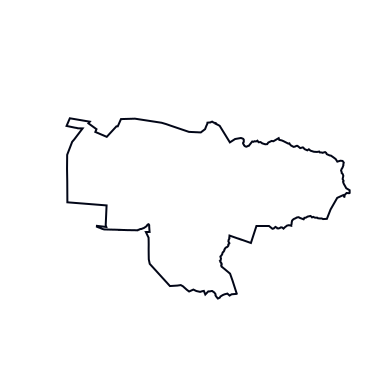 Villaldama, Nuevo León, Mexico, rotated 296°
{"feature_id": "50627088B63922247713166", "entity_name": "Villaldama", "entity_type": "district", "adm_level": 2, "iso_a3": "MEX", "parent_name": "Mexico", "parent_adm1": "Nuevo León", "projection": "robinson", "projection_center": [-100.368, 26.476], "detail": "fine", "context": "isolated", "style": "outline", "palette": "ink", "viewbox_px": 384, "rotation_deg": 296, "n_neighbors": 0, "source": "geoboundaries", "source_scale": "gbopen_adm2", "svg_char_len": 5293}
<svg xmlns="http://www.w3.org/2000/svg" viewBox="0 0 384 384"><g transform="rotate(296 192 192)"><path d="M128.1,84.5L142.5,121.1L124.3,129.0L123.0,130.3L119.9,121.4L119.1,121.7L119.2,123.6L119.3,123.7L119.4,125.0L119.5,127.4L119.6,128.0L119.7,128.8L120.0,129.8L123.8,138.1L123.9,138.3L124.1,138.7L126.3,143.6L126.2,143.6L127.7,146.8L127.9,147.2L128.0,147.4L128.8,149.3L130.1,152.1L132.6,157.4L133.7,159.9L133.9,160.1L134.4,160.2L135.0,161.0L136.0,161.7L136.7,162.9L137.2,163.2L138.5,164.5L141.4,166.2L142.0,166.1L143.5,166.6L144.0,167.1L143.6,167.9L143.0,168.3L142.5,168.5L139.0,170.5L137.5,171.4L135.8,168.1L131.9,173.0L131.1,173.4L129.0,174.5L125.6,176.2L121.8,178.0L116.8,180.5L112.5,182.7L108.9,185.5L97.8,213.4L101.5,219.9L103.4,222.7L103.3,225.1L101.8,230.4L101.3,233.0L104.9,236.0L104.9,239.3L105.8,243.1L107.5,244.9L107.6,245.1L108.3,246.0L105.7,248.9L109.8,250.2L110.3,251.3L111.1,252.4L111.6,253.0L111.9,253.7L111.6,254.9L111.5,256.0L110.5,257.9L109.3,258.5L108.3,260.3L107.6,262.0L109.3,263.3L110.6,263.4L112.8,264.8L114.3,266.1L115.4,267.4L116.2,268.3L115.4,271.2L117.4,272.4L119.9,276.6L120.2,276.8L130.3,267.1L135.3,262.0L137.8,251.9L137.8,251.5L138.0,251.1L138.5,250.8L138.6,250.7L138.8,250.7L138.9,250.4L139.0,250.3L139.3,250.4L139.5,250.4L139.8,250.4L140.0,250.4L140.3,250.3L140.4,250.1L140.5,250.0L140.5,249.9L140.7,249.6L140.8,249.6L141.0,249.5L141.1,249.4L141.2,249.2L141.3,248.6L141.4,248.4L141.5,248.3L141.6,248.2L141.6,248.3L141.8,248.2L142.1,248.0L142.3,247.9L142.6,247.8L142.8,247.6L143.0,247.5L143.4,247.6L143.6,247.6L144.1,247.4L145.1,247.1L145.4,246.7L146.2,246.0L146.5,245.8L147.8,246.3L148.5,246.3L148.9,246.4L149.6,246.4L150.1,246.2L150.4,246.2L150.5,246.2L150.8,246.1L151.0,246.1L151.3,246.1L151.5,246.2L151.6,246.3L151.9,246.5L152.1,246.5L152.3,246.5L152.5,246.5L153.3,246.7L153.5,246.7L154.0,246.5L154.2,246.4L154.3,246.4L154.5,246.4L154.8,246.5L155.0,246.5L155.1,246.4L155.3,246.4L155.5,246.4L155.7,246.5L155.9,246.5L156.3,246.6L156.6,246.7L156.8,246.8L157.2,247.0L157.5,247.2L157.7,247.5L157.8,247.5L158.1,247.7L158.2,247.8L158.3,247.9L158.8,248.0L159.0,248.0L159.3,248.1L159.5,248.2L159.9,248.1L160.1,248.1L160.4,247.9L160.5,247.8L160.7,247.7L160.8,247.6L161.4,247.8L161.6,247.9L162.0,248.1L162.3,248.1L162.6,247.8L162.7,247.5L162.9,247.2L163.2,246.8L163.5,246.5L163.7,246.3L163.8,246.3L164.0,246.3L164.2,246.2L164.3,246.2L164.5,246.1L164.8,246.0L165.2,245.9L165.4,245.9L165.6,245.9L165.9,245.9L166.0,246.0L166.3,246.0L166.7,245.9L167.0,245.9L167.2,245.7L167.5,245.4L167.8,245.3L168.5,245.2L168.8,245.1L169.0,244.9L169.3,244.8L169.6,247.4L170.6,256.0L170.7,255.9L172.0,267.3L189.7,264.8L195.2,276.2L194.2,280.4L195.0,281.4L197.2,282.3L197.1,283.9L196.7,284.6L197.2,285.8L198.2,286.8L198.8,287.1L199.3,287.5L199.6,288.7L199.2,290.3L201.2,291.0L202.3,291.6L203.4,292.1L203.6,292.3L203.9,292.7L204.5,293.4L204.6,293.7L204.9,294.5L205.2,296.0L206.0,295.6L206.4,295.6L206.7,295.6L207.1,295.4L207.8,295.2L208.5,294.9L208.8,294.8L209.0,294.8L209.9,294.6L210.2,294.5L210.5,294.6L211.3,294.8L211.9,295.2L212.1,295.2L212.7,295.6L213.8,296.6L214.8,297.2L215.2,297.6L216.1,298.9L216.0,300.4L216.4,304.3L217.9,304.5L218.1,304.4L218.9,305.6L219.8,306.2L220.5,306.6L222.4,309.0L222.2,310.0L221.8,311.0L222.8,311.9L222.8,313.5L223.3,314.9L223.8,315.6L223.6,316.7L224.3,318.6L225.1,320.2L225.1,321.6L227.0,325.0L237.1,324.2L250.4,325.1L255.5,329.3L254.4,331.0L254.5,331.1L256.3,330.5L258.9,331.4L259.6,333.3L260.0,334.0L260.3,334.1L262.7,332.9L263.0,329.0L266.0,324.7L267.4,323.3L268.4,323.4L269.7,321.7L272.9,320.9L274.2,319.6L274.7,318.2L275.4,317.9L276.6,316.6L278.2,316.4L279.9,316.6L282.6,316.3L283.1,315.9L285.0,315.5L285.9,313.7L285.2,311.7L283.0,309.3L284.6,306.7L285.1,304.2L285.6,300.9L285.2,299.7L285.1,296.5L286.0,295.4L286.2,294.1L284.4,292.1L284.4,291.4L283.6,289.4L284.1,288.6L282.8,286.8L281.6,283.9L281.1,280.4L281.6,278.3L280.0,277.4L279.9,274.4L280.5,273.0L280.7,272.1L278.9,270.0L279.7,266.6L279.3,265.7L277.9,264.6L277.1,263.5L277.2,260.6L277.9,258.8L278.4,258.2L277.7,257.4L277.8,252.0L277.7,250.0L277.1,247.6L278.4,246.3L273.3,242.9L272.8,241.2L271.3,240.0L269.9,238.9L268.0,238.6L267.0,236.9L266.5,233.6L266.7,233.1L266.9,231.7L265.9,230.0L266.8,228.3L265.6,227.5L265.3,226.8L265.0,225.9L264.1,225.3L263.8,224.0L258.4,222.8L258.0,222.2L257.6,221.9L256.6,221.1L256.4,220.4L256.4,219.4L256.8,218.3L257.4,217.7L257.7,217.0L258.0,216.7L258.4,216.4L258.8,216.4L259.2,216.4L259.7,216.6L260.7,216.1L261.7,215.6L262.0,215.1L262.2,214.7L262.2,213.8L262.0,212.3L258.5,207.5L253.2,204.3L263.6,187.9L263.7,186.4L263.7,186.2L263.7,185.7L263.7,184.9L263.7,184.5L263.8,184.6L263.9,183.4L264.3,183.2L264.2,182.5L263.9,181.5L263.9,180.5L264.1,179.4L263.5,178.6L263.3,178.5L263.0,178.3L262.7,178.2L262.0,177.0L261.9,176.8L261.8,176.6L261.5,176.2L261.1,175.5L259.6,175.9L257.7,175.9L254.2,176.2L249.4,173.8L244.7,162.9L242.2,143.3L241.7,139.0L240.9,134.3L232.9,108.6L226.4,96.2L218.5,96.5L217.9,95.3L204.2,91.2L203.6,78.8L206.6,78.6L208.3,68.8L210.4,69.3L204.7,49.9L202.5,50.0L196.4,50.3L198.5,58.6L198.7,59.3L198.9,59.8L199.0,60.3L199.1,60.5L199.1,60.8L199.1,61.1L199.2,61.3L199.5,62.2L199.6,62.4L199.8,62.8L200.1,63.5L200.3,63.8L201.2,65.8L187.6,63.1L184.6,62.3L170.7,63.5L158.1,69.5L146.3,75.5L128.1,84.5Z" fill="none" stroke="#020617" stroke-width="2"/></g></svg>